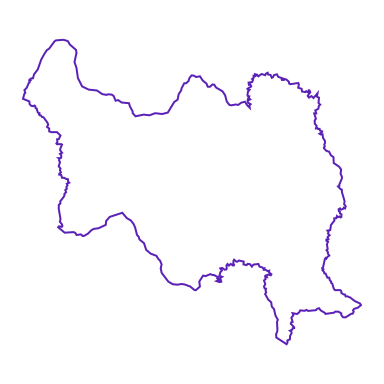 outline of Topaipí, Cundinamarca, Colombia
{"feature_id": "7082276B13508800069021", "entity_name": "Topaipí", "entity_type": "district", "adm_level": 2, "iso_a3": "COL", "parent_name": "Colombia", "parent_adm1": "Cundinamarca", "projection": "orthographic", "projection_center": [-74.26, 5.35], "detail": "fine", "context": "isolated", "style": "outline", "palette": "violet", "viewbox_px": 384, "rotation_deg": 0, "n_neighbors": 0, "source": "geoboundaries", "source_scale": "gbopen_adm2", "svg_char_len": 5885}
<svg xmlns="http://www.w3.org/2000/svg" viewBox="0 0 384 384"><path d="M58.2,227.3L64.7,232.7L73.6,232.1L75.3,232.9L76.6,235.0L80.9,234.4L82.7,236.0L84.0,235.9L87.9,233.7L91.6,230.0L94.2,228.8L98.4,228.3L105.7,224.9L106.2,220.9L109.7,216.9L122.3,212.8L126.8,218.1L130.9,220.5L133.6,224.0L135.2,227.7L137.0,235.0L138.6,236.6L139.5,239.5L144.0,243.2L146.2,249.9L150.8,253.7L156.4,255.8L158.4,259.1L160.0,260.5L161.6,264.4L160.7,268.5L161.7,272.9L168.3,281.6L172.7,284.2L177.3,284.7L181.8,284.0L184.7,284.5L190.2,286.5L194.6,290.1L195.8,290.2L199.9,286.6L199.3,281.5L203.1,275.6L205.6,276.1L210.4,274.1L212.7,275.1L214.0,275.0L218.0,277.2L217.2,278.4L218.8,280.2L216.6,281.1L219.4,282.1L221.3,281.7L220.8,279.8L219.1,278.8L222.1,276.8L219.4,275.8L220.3,272.3L221.9,270.5L220.3,268.4L222.3,268.0L224.7,269.7L226.2,269.5L226.7,268.8L226.5,265.4L227.5,264.0L228.9,265.6L230.7,263.9L232.7,265.4L233.8,265.5L234.1,264.8L233.3,263.5L233.5,260.7L234.1,259.7L236.4,261.7L237.5,261.6L238.9,260.5L243.7,261.6L243.5,264.4L246.6,265.1L247.6,263.9L249.9,264.1L251.9,266.6L253.4,264.6L258.4,264.0L259.5,266.6L262.5,267.5L263.3,268.6L264.3,268.3L263.9,269.8L265.5,269.7L267.8,271.2L269.2,270.7L269.1,272.4L271.4,274.3L270.8,275.3L268.4,274.6L266.2,275.3L266.9,277.0L265.2,276.5L265.6,279.1L264.0,280.4L265.3,284.2L264.0,286.4L264.6,288.3L266.0,288.7L265.5,290.4L266.2,292.3L265.1,294.0L268.3,299.7L271.2,302.3L271.8,306.6L274.0,309.1L275.5,315.6L277.8,319.7L277.0,322.1L277.4,329.2L277.2,331.7L276.1,334.1L276.3,337.5L286.6,344.2L287.5,342.6L287.4,340.4L289.9,339.4L290.1,335.9L291.6,333.0L291.3,331.5L290.0,330.7L292.4,329.5L292.7,328.2L294.2,328.0L294.1,327.1L290.8,323.8L291.3,322.3L292.6,321.9L291.4,317.8L293.4,315.0L292.6,313.2L297.1,314.0L299.3,312.2L300.2,310.4L304.7,310.8L306.3,309.9L308.0,310.9L315.9,310.2L317.0,308.9L319.0,308.2L320.7,310.4L324.9,312.9L325.5,313.9L334.0,312.7L335.1,311.7L338.5,311.7L341.3,313.4L341.2,314.8L342.9,317.2L345.5,317.4L351.2,313.8L352.7,313.7L353.7,311.8L353.0,310.3L354.2,308.8L357.7,307.8L361.0,305.1L360.0,303.5L354.7,301.0L350.3,297.6L347.3,296.3L345.6,296.4L345.1,294.6L343.5,294.4L341.3,292.9L341.3,291.2L340.3,290.1L334.9,290.1L333.7,288.5L332.3,283.7L331.1,282.8L331.2,281.7L329.8,280.1L329.2,277.7L327.4,277.7L325.6,273.6L324.3,273.3L324.1,272.0L322.4,270.1L323.4,269.2L322.2,268.1L323.1,267.2L324.9,258.9L325.6,258.0L326.3,258.7L327.5,256.8L329.3,255.6L327.8,253.4L327.9,251.9L326.5,250.2L327.7,249.0L326.9,244.4L328.1,241.5L326.4,240.8L326.4,239.5L328.4,239.1L327.6,237.0L329.6,235.2L328.0,233.6L328.5,231.8L327.5,230.6L330.2,230.1L331.0,224.9L334.4,220.6L334.2,218.4L336.2,218.2L336.9,216.1L337.8,217.2L339.3,216.5L340.5,217.4L341.3,217.1L341.5,214.4L340.0,213.5L339.9,211.8L338.9,211.3L338.6,209.3L340.0,208.4L340.6,209.5L341.5,209.5L343.5,208.6L343.8,207.7L345.1,208.4L345.7,206.3L344.1,204.1L344.6,201.2L342.0,192.4L341.8,189.6L340.7,189.3L338.0,186.4L339.4,185.8L339.3,184.6L341.9,178.4L341.9,176.6L340.6,173.9L341.1,169.5L339.1,166.7L333.7,163.0L333.5,157.2L330.8,155.2L329.2,151.8L326.3,150.8L324.1,148.4L323.9,147.6L324.8,146.4L324.3,144.6L325.1,142.7L324.8,140.6L323.0,137.9L322.6,134.3L320.7,134.5L319.5,133.7L321.9,132.2L322.2,131.4L320.0,130.5L319.6,128.9L318.1,129.1L317.5,128.1L316.0,128.4L316.6,125.9L314.8,123.7L314.7,120.4L315.9,118.8L314.2,113.4L316.2,113.4L315.3,110.4L318.3,108.8L318.9,105.8L320.2,104.7L318.5,102.9L319.0,97.7L316.9,96.6L317.5,93.3L313.5,98.0L311.5,96.1L309.0,97.6L307.7,95.9L310.3,92.2L309.4,90.3L308.7,90.3L308.0,92.4L306.2,91.2L305.4,92.1L302.0,91.5L301.6,88.8L298.2,87.7L298.9,84.4L298.2,83.0L290.4,84.2L289.1,83.5L288.9,81.8L286.5,79.6L285.3,79.2L283.7,80.0L281.9,79.9L281.7,79.3L282.9,78.5L278.2,76.8L276.9,74.3L274.0,75.1L273.0,77.2L271.8,77.8L270.6,75.0L268.0,74.4L267.7,72.8L266.0,73.6L265.2,75.2L261.6,74.0L258.3,76.3L257.1,74.7L255.0,74.2L255.1,75.0L256.2,75.5L255.0,76.3L253.6,75.8L253.6,77.9L252.1,79.0L253.0,79.8L252.2,82.0L248.6,82.6L248.9,84.8L250.4,84.5L251.2,86.5L247.4,88.8L247.7,89.5L249.5,89.9L247.9,91.9L247.5,95.2L247.7,95.9L249.3,96.3L248.7,98.0L250.2,99.4L249.0,99.9L248.0,99.0L247.6,100.7L248.1,102.7L250.6,104.2L249.3,105.6L249.7,107.7L247.1,105.2L245.0,101.7L241.2,102.7L238.3,104.9L235.6,104.5L231.5,105.3L229.5,105.0L226.8,101.6L225.1,95.2L222.5,91.3L216.0,87.5L214.3,84.7L212.4,84.5L209.9,86.8L207.7,86.7L206.5,83.6L202.8,80.6L199.9,76.3L196.1,77.0L193.8,75.6L191.5,75.4L189.4,78.1L188.6,80.9L186.2,83.2L184.2,83.3L181.5,88.5L181.2,90.4L178.7,94.1L177.6,99.7L174.3,101.9L167.8,112.6L162.1,114.0L155.2,113.2L149.4,115.3L143.8,114.6L135.5,116.3L132.7,113.1L132.6,111.3L129.9,106.4L129.0,103.2L121.6,102.5L118.1,100.1L115.6,100.7L113.6,95.9L111.7,94.6L108.0,94.3L106.4,94.9L102.2,94.1L97.0,90.5L88.7,89.6L82.1,86.4L77.9,78.0L76.4,67.6L74.5,62.0L76.5,52.9L76.0,49.9L69.8,44.5L68.0,41.3L65.8,40.4L63.0,39.8L55.9,40.4L54.4,41.5L49.1,48.7L46.8,50.2L44.5,53.7L41.2,59.6L37.8,69.4L34.0,74.4L33.0,78.3L31.2,78.4L29.4,79.8L29.3,80.2L30.4,80.5L29.4,81.5L29.6,82.5L28.6,83.2L26.8,87.7L24.4,90.2L25.3,92.8L24.4,93.8L23.0,98.8L29.3,101.4L29.7,104.2L31.2,105.8L33.3,106.2L34.5,105.5L35.3,106.2L35.6,108.2L36.7,108.6L37.8,112.5L39.5,113.2L39.0,114.5L39.7,115.3L40.9,115.4L42.0,117.0L43.5,117.3L47.4,122.6L48.2,124.7L47.0,126.9L49.2,128.5L49.2,131.4L51.4,132.2L56.9,132.1L60.5,135.5L58.8,139.1L57.1,139.3L57.4,142.1L56.4,143.5L57.0,144.2L61.2,144.1L62.0,144.6L60.2,149.0L60.2,150.4L62.1,152.8L60.0,153.9L61.2,155.1L61.2,157.6L60.8,158.1L58.5,158.1L59.3,158.8L59.0,160.3L60.0,162.1L58.7,166.3L60.5,168.6L59.9,170.1L60.9,172.4L59.4,173.5L59.2,174.6L61.2,174.9L62.0,177.8L64.2,177.8L66.2,179.0L67.9,179.2L68.1,181.6L69.2,182.7L66.8,183.7L67.5,185.3L66.4,187.0L66.8,188.8L65.3,190.0L66.1,192.2L64.4,193.9L64.5,195.2L63.7,196.9L60.2,201.4L60.4,203.5L58.9,204.7L58.7,208.4L60.5,219.1L59.9,221.8L61.9,224.2L62.4,226.0L61.9,226.8L58.9,226.3L58.2,227.3Z" fill="none" stroke="#5b21b6" stroke-width="2"/></svg>